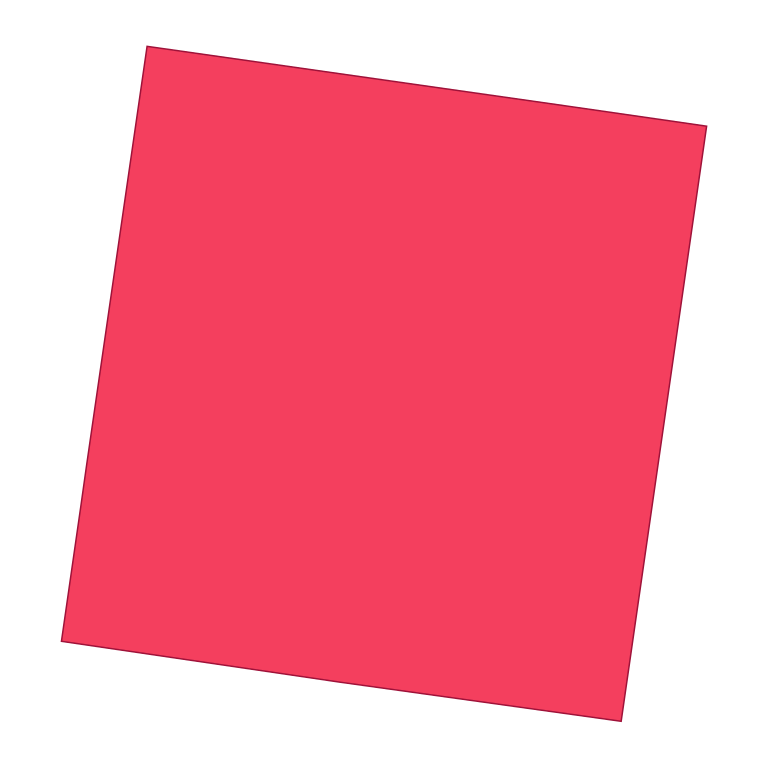 the district of Cedar, Iowa, United States of America, rotated 98°
{"feature_id": "52423323B563666297739", "entity_name": "Cedar", "entity_type": "district", "adm_level": 2, "iso_a3": "USA", "parent_name": "United States of America", "parent_adm1": "Iowa", "projection": "natural_earth1", "projection_center": [-91.134, 41.772], "detail": "fine", "context": "isolated", "style": "filled", "palette": "rose", "viewbox_px": 768, "rotation_deg": 98, "n_neighbors": 0, "source": "geoboundaries", "source_scale": "gbopen_adm2", "svg_char_len": 274}
<svg xmlns="http://www.w3.org/2000/svg" viewBox="0 0 768 768"><g transform="rotate(98 384 384)"><path d="M83.8,100.4L83.3,241.8L82.6,665.6L505.4,667.2L547.9,667.2L683.7,667.6L685.4,385.4L685.0,102.2L83.8,100.4Z" fill="#f43f5e" stroke="#9f1239" stroke-width="1.5"/></g></svg>